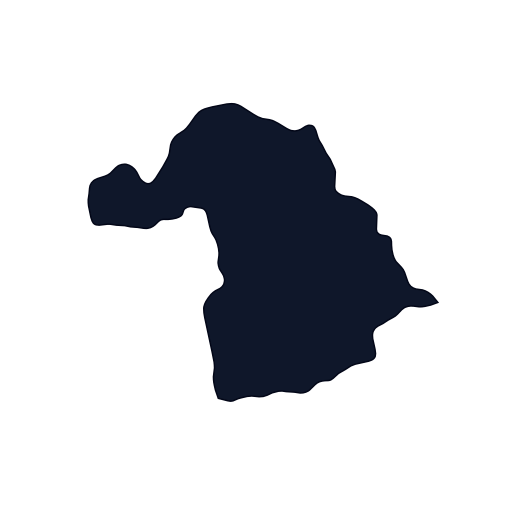 the district of Jima Abajo, La Vega, Dominican Republic, rotated 33°
{"feature_id": "3306468B99813204721250", "entity_name": "Jima Abajo", "entity_type": "district", "adm_level": 2, "iso_a3": "DOM", "parent_name": "Dominican Republic", "parent_adm1": "La Vega", "projection": "orthographic", "projection_center": [-70.397, 19.12], "detail": "fine", "context": "isolated", "style": "filled", "palette": "ink", "viewbox_px": 512, "rotation_deg": 33, "n_neighbors": 0, "source": "geoboundaries", "source_scale": "gbopen_adm2", "svg_char_len": 3568}
<svg xmlns="http://www.w3.org/2000/svg" viewBox="0 0 512 512"><g transform="rotate(33 256 256)"><path d="M96.6,313.6L99.5,315.9L101.7,317.0L103.0,317.2L104.2,317.1L105.4,316.7L107.7,315.5L114.1,310.2L116.5,308.7L122.0,306.2L129.4,302.0L135.0,299.8L141.2,296.4L146.7,293.9L149.0,292.6L150.1,291.7L152.0,289.7L153.4,287.3L154.3,284.9L155.4,280.1L156.3,277.9L157.0,277.0L158.5,275.6L162.3,273.2L165.5,270.6L168.5,267.6L170.1,265.4L171.2,263.2L171.4,262.0L171.4,260.9L170.4,256.9L170.4,255.8L170.7,254.7L171.8,252.5L173.6,250.6L174.7,249.9L184.0,245.6L186.0,245.1L187.0,245.1L189.0,245.6L190.8,246.6L192.9,248.3L201.3,256.6L204.7,259.5L207.1,261.0L211.5,263.0L213.8,264.3L217.3,267.0L220.5,270.1L223.3,273.5L224.8,276.0L227.3,281.3L228.0,282.5L229.9,284.6L232.0,286.4L233.2,287.1L237.4,289.0L239.6,290.2L241.6,292.0L242.6,293.1L243.3,294.3L244.2,296.7L244.4,297.9L244.3,300.2L243.6,302.6L240.9,307.3L239.9,309.9L239.2,312.7L238.8,317.0L238.8,321.4L239.2,324.3L240.0,327.0L240.7,328.4L243.4,332.1L246.5,335.5L271.0,359.9L278.6,367.7L280.5,370.1L282.2,372.5L286.1,380.5L287.8,382.9L289.7,385.2L291.8,387.4L295.0,390.5L301.9,395.9L311.1,392.8L313.6,391.7L314.6,390.9L315.6,390.0L318.6,385.5L320.6,383.2L325.0,378.6L328.7,375.7L335.3,372.3L338.6,369.8L341.2,366.6L344.1,361.9L348.5,357.1L351.4,355.0L355.1,353.3L362.4,349.2L367.7,346.8L370.0,345.1L371.9,343.0L373.4,340.6L373.9,339.2L375.5,332.0L376.4,329.2L377.8,326.8L379.6,324.8L381.6,323.1L384.7,320.9L385.6,320.0L386.3,319.0L387.3,316.5L389.1,309.6L392.9,302.1L395.4,296.5L398.1,292.7L407.8,282.8L409.5,280.5L410.2,279.3L410.6,278.0L410.8,276.6L410.6,275.2L409.4,272.7L406.6,269.4L398.9,261.8L397.1,259.4L396.3,258.1L395.7,256.7L395.3,255.3L395.2,252.3L395.5,250.8L396.5,248.2L399.2,243.5L401.6,238.0L404.3,233.0L405.5,230.5L406.3,227.6L407.4,221.7L408.4,218.9L409.1,217.6L410.9,215.4L413.0,213.6L415.4,212.2L420.6,209.7L422.9,208.1L425.1,206.2L429.2,202.0L433.8,195.9L426.1,193.4L423.1,192.9L420.0,192.8L417.0,193.1L414.1,193.8L408.1,196.6L405.3,197.2L402.4,197.2L399.6,196.3L397.0,194.7L389.6,188.9L386.9,187.3L384.1,186.3L376.7,184.5L375.3,183.9L372.6,182.3L370.1,180.3L366.7,176.9L363.9,173.3L361.7,170.1L360.0,168.4L358.9,167.9L357.7,167.6L355.2,167.8L350.0,170.1L347.7,170.7L345.2,170.3L344.1,169.8L342.4,168.0L335.1,155.8L334.2,154.9L333.0,154.0L330.2,153.0L327.2,152.5L322.3,152.2L315.5,152.4L310.5,152.7L307.2,153.3L304.1,154.2L298.0,157.3L295.3,158.2L293.9,158.5L291.0,158.6L288.2,158.2L286.9,157.7L285.8,156.9L284.1,154.9L276.8,142.3L274.9,140.4L265.6,134.5L258.8,131.6L251.4,127.3L246.0,124.7L243.4,122.9L237.7,118.1L235.3,116.7L234.0,116.2L232.7,116.1L231.4,116.4L229.2,117.5L228.3,118.4L226.9,120.4L224.7,125.2L223.1,127.5L221.2,129.4L220.1,130.2L217.3,131.6L215.7,132.0L212.5,132.4L202.4,132.7L197.4,133.2L195.8,133.5L193.0,134.4L186.6,137.3L181.9,138.3L176.9,138.6L161.8,138.7L158.6,139.1L155.4,140.0L152.6,141.5L148.8,144.4L138.1,154.8L134.8,158.4L132.7,160.9L131.0,163.6L129.8,166.6L129.0,171.5L128.6,181.6L128.1,186.6L127.3,189.8L123.9,197.4L123.2,200.3L123.0,203.4L123.2,206.4L123.9,209.3L127.4,217.0L128.3,220.1L128.7,223.4L129.3,231.9L129.5,245.4L129.0,249.7L128.0,252.3L127.1,253.4L125.9,254.3L124.7,254.8L123.3,255.1L120.5,255.1L117.7,254.6L116.3,254.1L110.4,250.7L107.7,249.6L106.2,249.2L103.2,248.8L100.1,249.0L97.2,249.8L95.9,250.5L93.7,252.3L91.9,254.5L91.2,255.8L90.3,258.6L88.8,265.9L87.6,268.7L85.9,271.3L81.0,277.3L79.4,279.9L78.8,281.3L78.2,284.3L78.5,287.3L79.5,289.8L82.1,294.7L84.6,300.1L86.4,302.8L88.4,305.3L96.6,313.6Z" fill="#0f172a" stroke="#020617" stroke-width="1.5"/></g></svg>